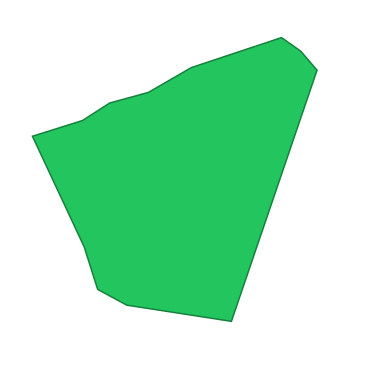 Krsko, Mercator projection, rotated 349°
{"feature_id": "SVN-939", "entity_name": "Krsko", "entity_type": "Municipality", "adm_level": 1, "iso_a3": "SVN", "parent_name": "Slovenia", "parent_adm1": "", "projection": "mercator", "projection_center": [15.579, 46.008], "detail": "fine", "context": "isolated", "style": "filled", "palette": "green", "viewbox_px": 384, "rotation_deg": 349, "n_neighbors": 0, "source": "natural_earth", "source_scale": "10m", "svg_char_len": 317}
<svg xmlns="http://www.w3.org/2000/svg" viewBox="0 0 384 384"><g transform="rotate(349 192 192)"><path d="M206.0,326.5L106.4,290.7L80.8,269.6L75.7,225.4L46.0,106.8L98.2,100.9L128.2,88.9L168.1,85.9L215.2,69.7L309.3,57.5L325.7,74.6L338.0,96.3L206.0,326.5Z" fill="#22c55e" stroke="#15803d" stroke-width="1.5"/></g></svg>